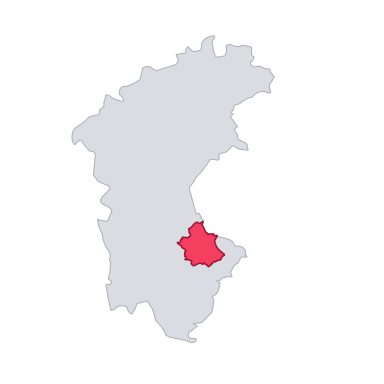 Kindia, Kindia, Guinea shown in context, rotated 255°
{"feature_id": "49546643B82751767083924", "entity_name": "Kindia", "entity_type": "district", "adm_level": 2, "iso_a3": "GIN", "parent_name": "Guinea", "parent_adm1": "Kindia", "projection": "orthographic", "projection_center": [-12.699, 10.108], "detail": "fine", "context": "in_parent", "style": "filled", "palette": "rose", "viewbox_px": 384, "rotation_deg": 255, "n_neighbors": 0, "source": "geoboundaries", "source_scale": "gbopen_adm2", "svg_char_len": 6858}
<svg xmlns="http://www.w3.org/2000/svg" viewBox="0 0 384 384"><g transform="rotate(255 192 192)"><path d="M234.7,250.6L231.6,250.2L230.3,250.8L226.3,255.6L223.9,257.5L220.1,256.9L218.7,257.3L217.7,256.7L219.1,254.1L221.0,248.9L225.9,243.6L226.0,242.6L224.0,239.5L221.8,235.4L221.8,230.9L221.4,227.7L217.0,226.8L216.2,226.3L216.1,225.2L218.5,219.6L218.7,218.5L218.4,217.5L215.7,214.6L211.4,209.4L204.2,198.6L201.5,196.4L198.9,193.1L197.9,191.0L195.2,190.2L170.0,190.5L169.6,193.3L160.9,195.2L155.6,193.0L149.6,194.3L146.7,195.7L144.5,202.1L143.2,203.4L141.9,206.2L140.8,207.8L139.5,210.9L136.7,215.3L133.7,218.2L128.6,219.8L127.0,224.4L125.9,226.2L123.9,227.5L121.8,228.4L117.7,227.5L115.4,228.3L115.0,227.2L116.3,223.5L115.3,221.5L111.3,217.7L111.0,215.8L109.7,213.4L104.5,208.5L99.7,208.8L101.0,204.6L101.0,199.1L99.3,196.1L99.8,193.1L98.9,193.2L97.2,195.4L94.6,194.7L89.3,191.4L86.7,188.2L86.4,185.5L85.8,184.4L84.2,185.0L80.8,184.9L70.7,180.1L63.6,168.0L63.5,165.2L64.5,160.5L64.3,159.3L61.0,162.4L60.4,160.3L57.9,155.4L57.2,152.6L54.7,151.3L52.8,151.1L51.3,152.0L49.3,157.7L47.8,157.6L46.3,156.4L46.7,152.2L50.6,146.9L57.2,133.6L59.5,130.6L61.0,129.5L64.0,129.4L70.0,127.6L77.4,123.5L83.0,123.9L89.7,123.4L98.3,120.6L98.4,111.6L98.2,109.6L95.1,107.8L93.3,106.2L91.8,104.2L89.9,102.8L90.0,101.3L93.8,99.4L97.3,99.5L98.5,98.7L99.4,97.4L100.4,94.2L100.8,90.8L98.5,86.2L98.6,83.0L111.3,83.5L118.2,84.4L123.9,84.6L124.8,85.4L124.0,88.5L124.7,90.4L126.7,90.9L129.8,88.7L131.5,89.2L135.1,91.9L138.4,92.7L142.0,94.2L145.4,95.0L148.4,94.9L150.7,96.4L154.9,96.9L160.3,94.9L164.6,94.1L170.6,93.8L173.8,94.5L183.0,92.9L190.2,93.7L189.1,94.8L185.8,102.0L186.2,103.3L193.6,109.3L195.3,109.7L197.3,108.9L200.5,106.1L202.9,103.0L205.3,101.5L208.1,101.6L210.4,103.8L215.6,112.7L217.0,113.9L218.2,113.8L220.5,112.1L221.6,110.2L226.4,104.2L233.9,101.2L251.7,107.8L254.4,108.3L255.9,107.8L258.1,103.7L264.7,100.3L267.9,99.3L269.8,99.1L270.4,98.0L270.8,96.4L270.4,94.7L268.3,91.7L268.2,90.8L269.4,90.2L271.9,89.7L275.2,90.0L278.9,91.2L282.0,93.1L283.8,95.4L287.2,104.8L291.1,112.2L291.0,122.2L292.7,123.2L294.5,123.6L295.4,124.4L297.3,128.5L299.0,129.7L301.1,129.9L305.0,132.5L307.5,133.5L307.8,134.3L307.7,135.4L306.8,136.8L303.1,139.6L301.3,142.0L297.6,147.7L297.5,148.8L298.3,149.5L299.9,149.6L301.6,149.2L305.0,147.1L307.8,147.8L310.4,149.4L311.4,151.0L311.7,153.1L311.1,155.9L311.1,159.0L312.1,164.3L313.5,169.5L314.9,171.5L323.8,176.0L324.7,177.7L325.1,179.7L324.5,182.4L323.7,183.9L318.9,188.1L318.2,190.0L318.6,193.7L319.2,209.2L321.1,211.8L323.4,213.1L328.7,212.2L328.6,216.5L327.9,221.4L331.1,222.8L332.7,224.3L333.5,225.6L328.7,228.2L327.3,229.8L326.7,233.8L326.9,237.5L333.5,240.1L336.1,243.1L337.2,246.3L337.7,252.4L337.1,253.8L335.4,253.9L332.0,250.2L326.9,249.9L323.1,249.2L316.8,249.8L315.7,250.9L315.0,259.0L316.6,260.4L319.6,261.9L321.6,262.5L323.3,262.3L324.6,263.3L324.9,265.9L324.0,267.9L322.4,269.7L320.3,274.4L320.8,278.7L317.3,285.6L316.3,286.9L311.5,285.7L308.4,285.2L306.2,287.0L303.1,284.4L302.5,282.3L301.4,281.9L299.3,281.9L297.4,283.1L296.6,285.3L296.2,289.7L292.7,293.9L290.3,299.1L287.5,298.6L286.9,299.2L283.9,300.6L281.3,301.0L280.6,299.7L279.1,298.6L277.4,296.4L275.5,294.6L271.8,293.4L270.4,294.0L268.6,293.9L267.5,293.2L267.6,292.1L269.5,289.4L270.6,286.9L271.2,284.2L271.2,281.6L270.1,278.0L268.4,275.1L268.0,273.4L268.2,271.0L267.8,268.8L267.3,267.7L266.5,263.5L265.5,262.7L264.9,259.4L265.0,255.9L263.6,254.6L261.4,253.7L260.1,252.4L259.2,250.9L258.4,250.4L257.8,250.5L257.1,251.5L256.4,251.7L255.1,248.5L254.5,248.3L253.6,249.1L243.4,252.8L242.0,249.7L240.1,249.2L236.7,250.4L234.7,250.6Z" fill="#d9dde1" stroke="#a8b0b8" stroke-width="1"/><path d="M122.5,206.8L122.7,207.0L123.3,207.0L124.0,206.7L125.9,205.2L128.0,203.8L130.1,202.5L130.7,202.3L132.4,201.7L133.2,201.4L134.1,201.3L135.0,201.3L136.9,200.9L137.2,200.9L138.8,201.3L139.7,201.6L140.3,202.4L141.3,203.4L141.8,203.5L142.1,203.8L142.5,204.7L143.1,204.9L143.4,205.0L143.4,204.9L143.3,204.6L143.2,204.1L143.2,203.8L143.3,203.7L143.5,203.7L143.7,203.9L143.8,203.9L143.8,203.5L144.0,203.2L144.1,202.9L144.1,202.6L144.1,202.1L144.5,202.1L144.9,201.9L145.2,201.6L145.3,201.4L145.6,201.9L145.8,202.0L146.0,202.0L146.0,201.8L146.0,201.7L145.7,200.8L145.8,200.6L146.4,200.5L146.5,200.4L146.4,200.3L146.0,200.1L146.3,199.7L146.3,199.2L146.7,198.7L146.8,197.9L147.1,197.8L147.2,197.2L146.9,197.0L146.8,196.9L146.7,196.8L146.8,196.7L147.6,196.0L148.5,196.0L148.6,195.9L149.0,195.6L149.2,195.1L149.5,195.0L151.0,194.7L151.9,194.5L152.1,194.4L152.6,194.4L155.1,193.9L156.1,193.6L157.6,193.2L158.0,193.5L158.4,193.9L159.5,194.3L160.3,194.9L160.5,195.0L160.2,192.8L159.9,192.1L159.7,191.2L160.0,190.2L161.1,189.9L161.4,189.2L161.6,188.7L161.2,187.1L161.0,186.6L160.7,186.2L160.3,185.2L160.0,184.8L159.2,184.1L158.8,183.2L158.8,182.9L158.5,182.5L158.2,182.3L157.9,182.0L157.5,181.1L157.6,180.7L157.4,180.2L157.5,179.8L157.4,179.4L157.2,179.3L156.9,179.2L156.3,179.1L155.8,179.2L155.3,179.2L153.4,178.7L153.0,178.8L152.2,179.6L151.8,179.6L151.3,179.4L150.7,179.4L150.1,179.3L150.0,179.2L150.0,178.8L149.8,178.1L149.5,177.4L149.2,177.3L149.0,175.8L149.0,175.5L149.6,174.8L150.3,172.0L150.9,171.3L150.7,170.9L150.3,170.5L149.9,170.5L149.6,170.2L149.0,170.2L148.7,169.9L148.9,169.1L148.4,168.4L148.1,168.2L147.4,168.3L147.1,168.3L146.8,168.0L146.7,167.8L146.5,167.6L146.4,167.2L146.5,166.0L147.1,165.4L146.9,165.1L146.6,164.7L146.1,164.9L145.8,165.3L145.4,165.4L145.0,165.7L144.4,166.1L143.9,166.8L143.5,167.0L142.5,167.7L142.1,167.9L141.8,167.8L141.3,167.8L141.2,167.9L140.9,168.0L139.4,169.4L138.9,169.7L138.8,169.9L138.2,170.6L137.9,170.8L137.1,170.9L136.8,170.7L136.7,170.4L136.6,170.2L136.3,170.3L136.0,170.0L135.7,169.5L135.0,169.5L134.8,169.1L134.3,168.8L133.8,168.8L133.3,169.0L132.8,168.9L132.4,168.6L132.1,168.4L131.7,168.3L131.0,169.0L130.3,169.5L130.1,169.6L129.1,169.4L129.0,168.9L128.9,168.2L128.8,167.8L128.6,167.9L128.2,168.4L128.0,169.1L128.0,169.5L127.9,169.9L127.2,171.1L126.8,171.8L126.6,172.4L126.5,172.5L126.2,172.8L126.0,173.2L125.2,173.9L124.9,173.6L124.3,173.1L123.5,172.8L123.0,172.7L122.2,173.0L121.5,173.4L121.0,174.0L120.3,174.3L120.2,174.5L120.4,175.8L120.5,176.4L120.7,177.6L121.0,178.2L121.0,179.0L121.2,179.7L121.3,179.9L121.3,180.3L121.1,180.8L121.0,181.5L120.5,182.5L120.1,183.0L119.7,183.1L119.4,183.8L119.5,184.3L119.8,184.8L120.2,185.0L120.2,185.5L118.2,186.7L117.9,187.2L117.6,187.3L117.1,187.6L116.9,188.0L116.6,188.2L115.8,188.3L115.5,188.7L115.9,189.7L116.4,190.7L116.8,191.7L117.1,192.1L117.6,192.4L117.5,192.9L118.2,193.9L118.7,194.3L119.0,195.0L118.8,195.8L118.5,196.4L119.0,197.3L119.1,197.8L118.9,198.1L118.9,198.4L119.2,199.1L119.3,199.5L119.0,200.4L119.1,201.6L119.5,202.0L119.7,202.8L120.2,203.1L120.4,203.1L121.8,204.7L122.1,205.3L122.2,205.9L122.4,206.1L122.5,206.8L122.5,206.8Z" fill="#f43f5e" stroke="#9f1239" stroke-width="1.5"/></g></svg>